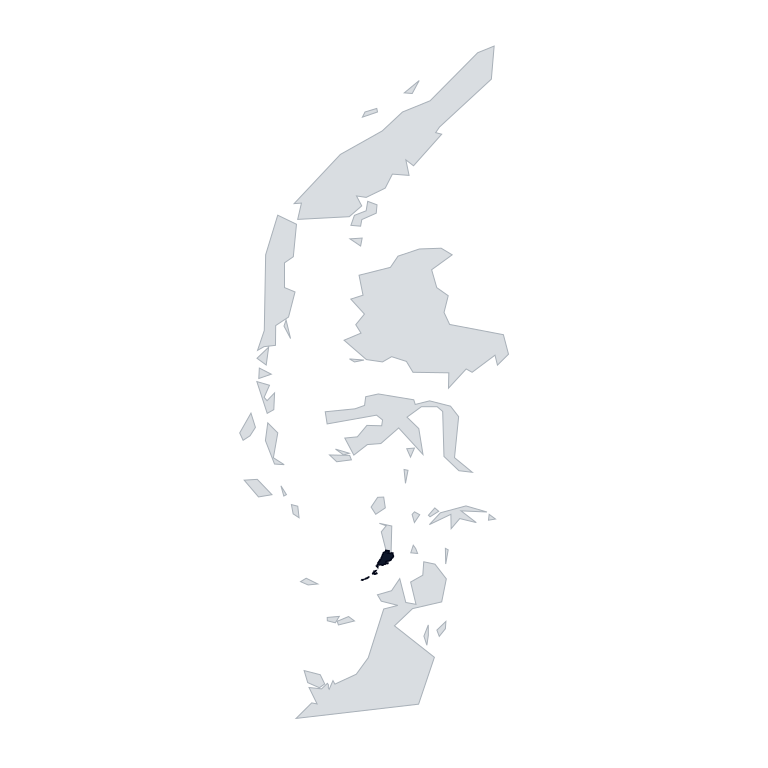 Seram Bagian Timur, Maluku, Indonesia (highlighted), rotated 83°
{"feature_id": "22746128B38603798591380", "entity_name": "Seram Bagian Timur", "entity_type": "district", "adm_level": 2, "iso_a3": "IDN", "parent_name": "Indonesia", "parent_adm1": "Maluku", "projection": "equal_earth", "projection_center": [130.853, -3.88], "detail": "fine", "context": "in_parent", "style": "filled", "palette": "ink", "viewbox_px": 768, "rotation_deg": 83, "n_neighbors": 0, "source": "geoboundaries", "source_scale": "gbopen_adm2", "svg_char_len": 8098}
<svg xmlns="http://www.w3.org/2000/svg" viewBox="0 0 768 768"><g transform="rotate(83 384 384)"><path d="M264.1,300.6L276.4,322.8L294.8,319.9L304.2,309.5L320.3,315.7L332.9,311.6L349.6,259.5L369.6,256.8L379.1,269.1L368.9,270.3L383.1,295.1L379.1,300.6L396.0,320.5L380.8,318.3L375.9,353.8L364.3,359.0L357.8,373.1L361.9,382.8L357.6,398.5L335.7,418.3L330.7,400.6L321.7,404.8L312.2,394.9L295.7,406.6L293.3,394.0L273.0,395.5L269.0,363.4L258.8,354.5L254.3,332.4L256.2,310.7L264.1,300.6ZM62.0,233.5L94.5,240.3L135.7,297.6L140.8,302.1L143.1,296.3L171.0,328.1L164.2,335.0L180.0,333.7L176.7,350.1L189.7,358.9L196.6,378.9L194.0,388.4L204.5,384.4L213.7,398.1L210.1,449.6L194.4,443.9L194.0,451.2L150.8,399.3L132.6,354.9L116.3,332.5L108.5,303.7L66.6,250.6L62.0,233.5ZM706.0,388.7L705.2,512.0L691.7,494.6L693.4,489.4L676.1,495.4L679.0,483.1L674.2,476.7L675.9,475.8L678.7,476.3L680.3,475.6L672.2,470.8L675.9,469.3L668.7,446.9L653.8,433.0L607.3,411.7L605.4,397.2L599.2,413.2L592.4,416.2L590.1,401.7L579.1,392.1L603.5,389.0L606.6,379.1L583.8,381.7L578.5,368.8L565.3,366.2L569.0,355.4L585.0,345.9L607.3,353.3L610.4,383.0L625.3,403.1L661.4,367.3L706.0,388.7ZM479.2,320.2L463.2,333.3L418.4,329.1L413.0,334.0L411.1,349.7L419.7,365.2L432.5,354.9L458.7,353.9L429.4,374.8L442.7,394.4L442.1,407.9L450.9,422.6L432.9,429.5L433.2,416.9L423.0,406.0L425.2,391.4L419.5,389.8L414.0,395.2L416.7,445.3L404.4,445.7L405.1,415.8L402.9,405.9L394.4,403.7L393.2,390.8L403.3,356.4L408.1,355.5L406.3,340.8L414.1,320.7L425.5,313.9L465.7,323.0L482.4,307.1L479.2,320.2ZM214.8,451.4L246.6,458.5L251.6,468.0L276.2,471.0L281.8,461.1L305.9,470.6L312.8,484.4L332.4,487.0L332.3,498.5L335.2,505.4L316.3,496.3L241.3,485.7L203.5,468.9L214.8,451.4ZM519.3,323.0L532.8,309.3L526.8,325.2L535.8,335.0L521.5,333.5L529.1,356.1L518.7,343.7L515.0,317.5L523.6,297.4L519.3,323.0ZM525.9,393.6L559.3,398.6L562.6,412.4L549.1,402.3L530.4,404.7L525.0,399.1L521.7,405.6L525.9,393.6ZM450.1,502.4L425.7,508.6L408.4,504.1L419.6,495.4L443.7,502.8L451.9,492.9L450.1,502.4ZM379.5,493.7L396.0,496.5L398.9,503.5L366.1,509.9L371.3,497.8L382.6,504.6L386.3,502.1L379.5,493.7ZM480.2,508.7L480.8,522.3L462.4,534.5L463.2,521.4L480.2,508.7ZM213.5,370.9L218.1,386.0L224.5,388.0L222.5,397.5L213.0,392.8L209.9,380.6L200.7,377.9L205.3,369.1L213.5,370.9ZM671.1,496.1L658.7,498.2L664.8,482.7L674.5,479.4L677.6,485.1L671.1,496.1ZM411.4,516.9L419.1,523.3L422.7,530.7L415.0,533.2L396.7,519.6L411.4,516.9ZM507.1,397.8L512.3,408.1L504.6,411.8L495.7,404.1L496.2,398.1L507.1,397.8ZM333.4,494.0L350.8,498.6L343.0,506.9L333.4,494.0ZM360.5,494.7L363.3,507.6L353.0,505.8L360.5,494.7ZM244.2,390.4L235.8,400.1L236.5,387.9L244.2,390.4ZM615.6,442.2L617.6,458.6L613.8,459.4L610.5,447.5L615.6,442.2ZM327.5,471.2L314.3,476.2L308.6,473.4L327.5,471.2ZM455.3,425.6L455.4,440.4L447.8,446.7L450.7,426.8L455.3,425.6ZM87.1,312.1L99.1,320.6L97.5,328.4L87.1,312.1ZM116.5,372.9L111.7,369.7L109.6,357.6L113.2,357.3L116.5,372.9ZM570.0,490.9L567.3,484.9L574.4,474.1L574.2,483.8L570.0,490.9ZM556.4,340.5L570.2,344.7L554.6,343.1L556.4,340.5ZM472.6,370.7L485.2,374.8L471.3,374.5L472.6,370.7ZM449.4,432.8L442.7,440.1L448.5,426.9L449.4,432.8ZM627.2,351.5L634.4,352.9L641.2,359.9L634.7,361.5L627.2,351.5ZM506.4,484.6L501.8,490.0L492.4,490.6L494.8,484.5L506.4,484.6ZM615.1,461.4L612.1,469.1L608.8,468.8L609.2,456.7L615.1,461.4ZM525.2,370.7L516.9,372.0L514.6,369.3L518.1,364.5L525.2,370.7ZM628.5,369.4L638.7,370.6L648.5,373.3L639.1,375.1L628.5,369.4ZM451.3,361.6L459.8,366.6L451.0,369.3L451.3,361.6ZM531.9,296.9L526.2,295.5L531.6,289.8L531.9,296.9ZM472.5,498.7L481.9,494.3L483.0,497.1L472.5,498.7ZM556.3,371.3L554.8,378.0L547.6,374.6L551.2,372.6L556.3,371.3ZM358.5,410.6L354.9,415.2L357.8,400.9L358.5,410.6ZM517.0,345.2L521.4,354.5L519.7,355.9L513.2,348.7L517.0,345.2Z" fill="#d9dde1" stroke="#a8b0b8" stroke-width="1"/><path d="M549.3,402.5L549.7,402.6L550.0,402.5L550.3,402.6L550.7,402.9L550.9,403.4L550.9,403.5L550.9,403.9L550.9,404.2L551.1,404.5L551.4,405.1L551.5,405.3L551.8,405.3L552.2,405.5L552.4,405.5L552.6,405.6L553.0,405.9L553.0,406.1L553.5,406.4L553.7,406.5L553.8,406.5L554.1,406.6L554.4,406.8L554.7,406.9L554.9,407.1L555.2,407.1L555.3,407.2L555.5,407.3L555.8,407.5L555.9,407.8L556.1,407.8L556.3,407.9L556.5,407.9L557.1,408.1L557.3,408.3L557.6,408.6L558.0,409.2L558.0,409.3L557.9,409.4L558.1,409.6L558.4,409.5L558.8,409.6L559.3,409.8L559.4,410.0L559.5,410.2L559.7,410.4L559.8,410.5L559.9,410.9L559.9,411.0L560.0,411.2L559.9,411.1L560.0,411.1L560.4,411.3L560.5,411.5L560.6,411.4L560.9,411.4L561.1,411.6L561.4,411.8L561.6,411.8L561.8,411.8L561.9,412.0L562.0,412.0L562.1,411.9L562.2,412.0L562.3,412.2L562.3,412.3L562.5,412.3L562.8,412.3L562.9,412.5L563.0,412.7L563.2,412.8L563.3,412.7L563.2,412.6L563.3,412.6L563.2,412.4L563.1,412.2L562.9,412.1L562.9,411.9L562.9,411.7L562.9,411.2L563.0,411.0L563.0,410.8L563.0,410.6L563.0,410.3L563.0,410.0L562.9,409.5L563.0,408.6L563.2,408.4L563.3,408.3L563.5,408.2L563.7,407.8L563.7,407.3L563.7,407.2L563.6,406.9L563.4,406.6L563.2,406.4L563.1,406.2L562.9,406.0L562.9,405.7L562.7,405.5L562.7,405.4L562.7,405.2L562.8,405.0L563.0,405.1L563.1,404.8L562.9,404.5L562.8,404.3L562.6,403.9L561.9,403.8L561.7,403.7L561.6,403.8L561.5,403.7L561.2,403.8L561.1,403.7L560.9,403.8L560.6,403.8L560.6,403.4L560.4,403.2L560.2,402.6L560.2,402.1L560.3,401.6L560.2,401.1L560.2,400.6L559.9,400.2L560.0,399.9L559.9,399.7L559.8,399.1L559.8,398.9L559.6,398.7L559.2,398.4L559.1,398.2L558.9,398.2L558.5,398.1L558.4,398.1L558.2,398.0L558.1,397.5L557.8,397.2L557.8,397.3L557.7,397.3L557.5,397.1L557.5,396.8L557.5,396.7L557.2,396.6L557.1,396.3L556.8,396.1L556.7,395.9L556.4,395.9L556.3,395.7L556.1,395.7L555.8,395.6L555.4,395.7L555.2,395.7L554.8,395.9L554.4,396.2L554.1,396.3L553.9,396.3L553.7,396.1L553.7,395.9L553.4,395.9L553.3,396.0L553.1,396.1L552.8,396.0L552.8,396.3L552.8,396.6L552.8,396.8L552.7,397.0L552.7,397.3L552.8,397.7L552.7,397.7L552.8,397.9L552.8,398.4L552.8,398.8L552.7,399.0L552.6,399.4L552.7,399.5L552.6,399.8L552.5,400.1L552.4,399.8L552.1,399.8L551.9,399.6L551.6,399.6L550.3,399.2L550.1,399.3L550.1,399.5L550.1,399.9L550.0,400.1L549.9,400.3L550.0,400.6L549.9,400.7L549.9,401.1L549.7,401.2L549.7,401.6L549.6,401.8L549.3,402.3L549.3,402.5ZM571.1,414.1L570.6,414.5L570.8,415.1L570.8,415.4L570.9,415.5L571.0,415.6L571.0,415.9L571.2,416.1L571.3,416.5L571.6,416.6L571.7,416.4L571.7,416.2L571.7,415.9L571.6,415.7L571.5,415.3L571.4,415.0L571.4,414.9L571.4,414.7L571.3,414.2L571.1,414.1ZM569.6,416.5L569.3,416.5L569.2,416.6L569.3,416.6L569.2,416.6L569.3,416.8L569.6,417.5L570.1,417.6L570.4,417.9L570.5,417.9L570.6,418.0L570.6,418.3L570.8,418.4L571.0,418.3L571.1,418.2L570.9,418.0L570.7,417.5L570.2,417.2L569.9,416.9L569.8,416.7L569.6,416.5ZM574.0,423.2L574.0,423.4L574.0,423.5L574.3,423.7L574.3,423.8L574.3,423.7L574.2,423.7L574.4,424.2L574.4,424.3L574.5,424.7L574.6,424.8L574.6,425.2L574.6,425.3L574.8,425.3L575.0,425.4L575.0,424.7L574.9,424.5L574.8,424.4L574.7,424.3L574.6,424.2L574.6,423.9L574.4,423.7L574.3,423.4L574.2,423.4L574.0,423.2ZM575.8,428.5L575.6,428.4L575.6,428.6L575.7,428.8L575.6,429.1L575.6,429.4L575.7,429.5L575.8,429.8L575.7,429.9L575.8,430.0L575.9,429.8L575.9,429.6L576.1,429.4L576.1,429.1L576.0,428.9L576.0,428.7L575.8,428.5ZM568.7,415.8L568.8,415.2L568.6,414.9L568.3,414.7L568.3,415.1L568.4,415.3L568.4,415.5L568.5,415.8L568.6,416.0L568.8,416.2L568.8,415.9L568.7,415.8ZM562.4,402.5L562.6,402.5L562.6,402.4L562.7,402.2L562.4,401.9L562.2,401.8L562.0,402.1L562.4,402.5ZM564.4,412.7L564.5,412.6L564.4,412.6L564.3,412.8L564.2,412.9L564.3,412.9L564.2,413.0L564.2,412.9L564.2,413.0L564.3,413.3L564.3,413.2L564.5,413.1L564.8,412.9L564.7,412.9L564.6,412.7L564.5,412.9L564.4,412.7ZM562.8,412.3L562.5,412.3L562.5,412.5L562.8,412.7L562.8,412.4L562.8,412.3ZM573.6,422.3L573.6,422.5L573.7,422.9L573.8,423.0L573.9,422.8L573.8,422.6L573.7,422.6L573.6,422.3ZM575.3,426.4L575.1,426.2L575.1,426.4L575.3,426.5L575.3,426.4ZM564.0,412.8L563.9,412.8L563.9,413.0L564.0,412.9L563.9,412.9L564.0,412.8L564.0,412.8ZM563.7,408.8L563.7,408.7L563.7,408.8ZM563.4,412.6L563.5,412.8L563.4,412.6L563.4,412.6ZM567.9,413.6L567.7,413.6L567.8,413.6L567.9,413.6Z" fill="#0f172a" stroke="#020617" stroke-width="1.5"/></g></svg>